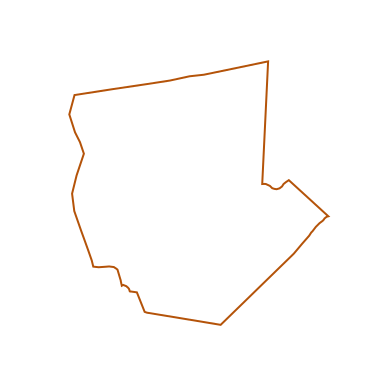 the district of San Juan Bautista Jayacatlán, Oaxaca, Mexico, rotated 248°
{"feature_id": "50627088B83375610183183", "entity_name": "San Juan Bautista Jayacatlán", "entity_type": "district", "adm_level": 2, "iso_a3": "MEX", "parent_name": "Mexico", "parent_adm1": "Oaxaca", "projection": "albers", "projection_center": [-96.822, 17.437], "detail": "fine", "context": "isolated", "style": "outline", "palette": "amber", "viewbox_px": 384, "rotation_deg": 248, "n_neighbors": 0, "source": "geoboundaries", "source_scale": "gbopen_adm2", "svg_char_len": 1098}
<svg xmlns="http://www.w3.org/2000/svg" viewBox="0 0 384 384"><g transform="rotate(248 192 192)"><path d="M268.0,106.1L250.6,91.2L235.4,80.2L218.4,75.7L197.7,74.7L189.3,74.4L176.4,73.9L166.0,73.4L159.8,72.5L159.4,73.2L157.2,77.3L155.0,84.1L154.0,87.3L151.7,91.4L149.4,93.0L148.5,93.5L148.4,93.6L148.0,93.8L147.6,93.8L138.2,92.9L136.8,92.8L135.6,92.5L134.8,92.4L134.3,92.3L134.0,92.2L132.4,92.0L131.4,91.8L131.6,93.4L129.2,95.9L128.2,96.3L127.4,96.8L127.1,96.9L125.6,97.3L123.2,97.1L122.9,97.4L122.4,98.5L121.8,99.5L121.0,100.9L119.6,103.3L98.6,103.2L97.0,105.0L58.1,168.8L96.7,263.3L102.8,274.8L107.6,284.3L109.8,287.4L110.4,288.9L112.0,291.6L113.3,293.8L115.3,298.5L116.1,301.5L116.3,302.3L117.1,304.0L117.8,304.9L118.2,306.2L118.6,307.6L118.4,309.3L166.7,286.2L166.0,282.9L165.1,279.9L163.4,277.5L162.6,274.5L162.9,271.5L164.0,269.6L165.5,267.8L168.5,266.5L170.3,264.8L171.7,263.5L172.3,262.4L173.1,260.1L284.6,311.5L296.3,246.9L300.2,233.1L303.6,213.3L309.0,190.4L317.0,157.3L325.9,119.4L309.9,107.3L291.2,105.9L280.2,106.8L268.0,106.1Z" fill="none" stroke="#b45309" stroke-width="2"/></g></svg>